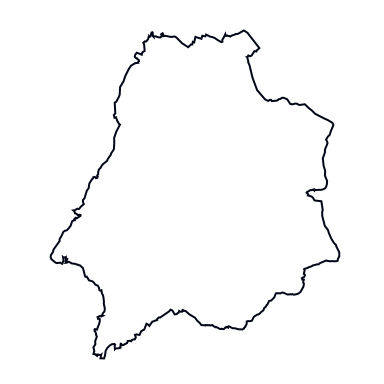 Capusu Mare, Cluj, Romania, rotated 267°
{"feature_id": "2599482B21022816483302", "entity_name": "Capusu Mare", "entity_type": "district", "adm_level": 2, "iso_a3": "ROU", "parent_name": "Romania", "parent_adm1": "Cluj", "projection": "natural_earth1", "projection_center": [23.238, 46.782], "detail": "fine", "context": "isolated", "style": "outline", "palette": "ink", "viewbox_px": 384, "rotation_deg": 267, "n_neighbors": 0, "source": "geoboundaries", "source_scale": "gbopen_adm2", "svg_char_len": 5822}
<svg xmlns="http://www.w3.org/2000/svg" viewBox="0 0 384 384"><g transform="rotate(267 192 192)"><path d="M241.9,332.5L246.1,334.1L251.0,336.6L252.3,336.5L253.8,335.8L256.6,331.6L259.1,326.8L263.8,318.9L267.4,315.7L269.5,313.2L273.7,309.3L273.3,304.1L273.5,303.2L274.7,301.3L274.9,299.6L274.3,297.1L274.7,294.8L279.6,291.9L281.2,288.7L281.4,286.8L280.4,285.3L280.0,283.3L278.8,281.6L278.6,276.5L279.9,275.7L279.9,274.4L278.9,272.9L280.7,269.8L290.2,262.4L303.0,258.4L315.4,256.1L318.7,254.9L319.5,255.1L322.7,254.4L323.9,254.5L324.1,254.1L324.4,254.8L325.4,255.4L324.5,257.2L325.2,258.7L329.4,261.7L329.0,263.6L329.9,264.0L332.2,266.8L348.1,255.7L350.1,253.0L350.6,252.2L347.5,246.1L347.5,243.7L346.9,242.9L346.2,240.0L345.2,238.3L345.8,237.5L345.8,236.4L346.5,235.3L346.1,234.4L346.4,234.2L346.4,233.7L347.8,233.5L344.0,231.4L342.6,230.3L340.4,230.2L340.1,229.2L342.3,225.7L344.6,222.7L345.5,220.8L346.3,218.1L348.5,214.3L346.7,213.5L347.5,210.5L344.5,209.4L346.7,203.5L341.3,202.0L341.9,200.7L339.3,200.0L339.3,198.6L336.8,195.8L341.0,189.9L347.2,184.4L348.2,182.9L347.9,179.2L349.4,173.5L349.1,171.7L351.6,171.3L352.1,170.9L351.1,169.4L349.2,170.0L348.0,168.4L348.3,166.4L349.4,163.7L349.4,161.8L348.8,161.8L349.6,161.1L353.1,161.1L353.6,160.8L353.3,159.9L349.6,158.7L349.6,158.2L349.1,157.7L349.2,157.1L349.5,157.0L346.9,156.1L344.8,154.2L344.6,153.6L344.9,152.8L343.7,151.2L342.1,151.9L335.4,152.1L334.0,149.7L332.8,149.4L332.6,148.9L331.8,148.9L334.0,144.2L332.3,142.6L330.1,141.9L328.8,142.9L328.6,143.8L328.0,144.0L326.4,145.9L325.3,145.9L324.2,144.6L323.8,144.8L323.6,142.0L321.4,137.8L318.3,135.4L311.0,131.3L306.1,129.4L300.6,125.7L293.1,124.9L291.3,124.2L286.2,121.2L285.2,119.5L274.4,119.5L273.2,118.0L270.2,118.5L270.6,120.0L265.9,121.4L265.6,121.9L263.8,122.6L263.1,123.6L256.1,119.5L250.1,117.1L244.4,116.9L238.7,116.2L234.8,113.3L233.2,112.7L229.2,109.5L227.7,109.0L224.5,104.6L222.7,103.0L221.1,102.1L219.3,100.2L216.7,99.3L214.9,99.3L213.5,98.2L212.5,98.6L212.3,98.2L211.1,98.2L210.8,96.9L212.2,95.7L211.9,94.2L210.8,93.8L209.6,92.5L205.8,89.9L201.2,89.0L199.0,87.1L191.5,84.4L189.6,82.6L187.3,82.7L185.5,83.3L183.1,80.1L181.0,78.4L180.9,77.9L181.3,76.5L179.9,74.0L179.8,72.5L178.7,73.6L176.9,74.0L176.4,75.3L175.0,76.6L174.7,77.5L175.2,78.0L174.9,79.4L174.0,79.4L171.7,75.4L172.4,74.6L172.2,74.2L171.3,73.5L170.1,73.5L170.3,72.8L170.0,72.8L169.1,70.8L164.4,68.9L160.8,65.6L160.4,65.2L159.9,63.0L158.8,61.3L156.2,60.1L151.8,57.3L149.9,57.2L141.9,50.8L139.3,50.0L136.7,48.0L134.7,47.4L132.3,48.0L128.7,51.9L128.1,53.2L128.3,56.9L127.0,58.6L127.4,59.0L129.3,59.5L129.7,60.2L133.8,59.8L133.1,60.6L133.5,61.8L132.7,62.3L133.0,62.6L130.9,62.5L131.4,63.2L132.1,63.1L131.6,64.0L127.9,62.1L128.0,63.5L128.8,64.9L127.8,67.1L127.0,68.1L126.2,72.1L125.5,73.2L125.4,74.4L124.9,74.8L124.7,76.1L121.8,79.1L113.1,80.9L112.9,81.1L113.0,82.5L109.2,84.5L108.0,87.8L106.9,89.1L104.6,90.6L103.4,93.0L102.0,93.8L98.9,94.4L98.3,95.3L98.6,96.4L95.6,96.7L93.2,97.8L90.8,98.1L87.1,98.3L84.7,98.1L80.7,98.8L78.7,98.7L77.2,98.2L75.5,96.6L73.7,95.8L73.3,95.9L73.1,96.5L72.5,94.9L73.1,94.3L73.1,93.7L72.0,91.1L71.0,91.6L70.3,91.5L70.2,93.1L68.1,93.2L65.5,92.5L59.5,89.8L60.2,87.8L59.9,87.5L59.2,87.9L58.3,87.4L57.1,88.3L55.1,88.9L54.4,88.7L52.5,89.4L48.1,87.5L45.0,87.5L42.0,85.4L38.4,86.1L35.4,85.1L34.9,87.4L34.0,87.7L33.3,88.6L34.0,88.9L34.4,88.6L34.3,89.0L34.7,89.5L34.1,90.5L34.3,92.1L33.5,92.4L33.8,92.7L30.7,91.9L30.4,95.5L33.4,96.6L38.0,97.5L40.7,99.3L43.0,101.8L44.2,104.1L44.3,106.7L43.5,107.2L42.4,106.7L39.1,106.8L39.5,107.2L39.8,108.4L39.8,111.6L40.2,111.7L40.2,112.2L39.6,112.7L41.1,112.3L44.2,112.9L44.1,113.3L42.9,113.0L42.6,113.6L42.9,115.6L44.6,119.3L46.5,120.0L46.7,122.2L46.2,123.5L47.3,124.2L47.8,125.4L47.8,127.1L49.7,128.3L52.4,127.6L52.7,129.1L52.0,132.1L55.5,133.9L56.8,136.1L56.7,136.5L57.7,137.4L62.8,139.6L62.1,141.0L60.5,142.4L64.5,145.5L66.0,150.4L66.5,150.2L68.1,151.8L68.5,152.4L68.3,153.6L73.9,162.8L75.6,164.4L75.1,165.6L74.0,166.6L70.7,168.3L70.9,170.4L71.8,171.3L72.1,172.3L73.8,172.9L73.2,173.6L73.0,175.8L74.8,176.4L74.8,176.7L73.6,177.6L73.8,178.5L73.5,179.4L70.0,182.9L66.3,188.4L63.2,190.5L60.9,192.8L58.6,194.4L58.3,197.6L58.0,198.2L58.5,198.9L58.1,199.7L58.3,201.1L58.0,201.9L58.1,202.8L57.7,203.6L58.1,205.4L56.7,206.7L56.2,208.0L55.7,208.3L55.7,209.6L53.8,212.6L53.7,213.4L53.9,214.6L53.5,215.1L53.5,216.7L54.9,218.2L54.8,218.8L55.4,219.2L55.4,220.0L54.9,220.7L55.6,220.7L56.0,221.7L53.9,225.3L53.6,228.0L52.5,231.1L52.1,235.2L53.0,236.8L53.9,237.1L54.4,238.1L55.1,238.2L56.8,239.5L59.9,240.0L60.1,241.2L60.0,243.8L60.3,245.0L64.2,247.3L66.2,250.8L66.3,251.9L66.9,253.2L68.0,254.1L70.0,256.9L72.5,258.2L73.7,259.8L75.2,260.6L75.5,261.3L79.0,263.2L79.6,265.6L82.5,268.7L86.3,270.4L86.6,271.3L86.2,272.7L86.4,273.6L86.1,274.8L86.8,276.7L86.7,278.0L84.7,281.8L84.6,283.3L84.8,285.3L84.5,285.8L84.7,286.9L84.2,288.0L84.2,289.6L85.0,292.9L86.5,295.1L91.4,298.2L94.4,299.0L96.0,298.3L98.5,299.0L98.7,297.6L100.2,297.2L100.8,298.1L100.9,299.2L102.7,300.4L103.3,300.4L104.4,299.4L108.0,300.4L109.1,299.9L109.4,300.3L110.1,303.4L110.8,304.7L111.4,307.2L112.3,308.7L112.7,311.1L113.1,312.1L113.2,314.7L114.3,316.1L116.6,322.6L116.0,323.9L115.6,326.3L115.7,327.6L115.3,331.4L115.6,333.8L117.5,334.2L120.0,335.7L124.1,335.9L130.0,333.3L131.4,333.1L133.4,331.3L137.6,328.9L143.6,326.6L147.1,325.7L151.3,322.8L161.5,320.8L165.2,321.0L167.5,321.6L176.0,320.7L177.0,314.6L177.5,313.6L179.7,312.7L181.2,311.2L182.5,307.5L183.5,308.0L185.3,306.4L186.2,307.1L186.4,308.1L187.7,310.2L187.6,311.5L188.0,312.9L187.0,314.2L188.2,314.4L187.5,315.6L187.5,322.3L188.8,325.3L190.9,326.5L193.1,327.2L195.9,327.5L201.3,325.6L206.0,326.1L211.4,324.8L218.7,324.4L224.8,326.9L226.8,326.9L228.2,327.4L233.6,329.9L235.3,329.6L237.2,328.6L240.0,330.4L241.9,332.5Z" fill="none" stroke="#020617" stroke-width="2"/></g></svg>